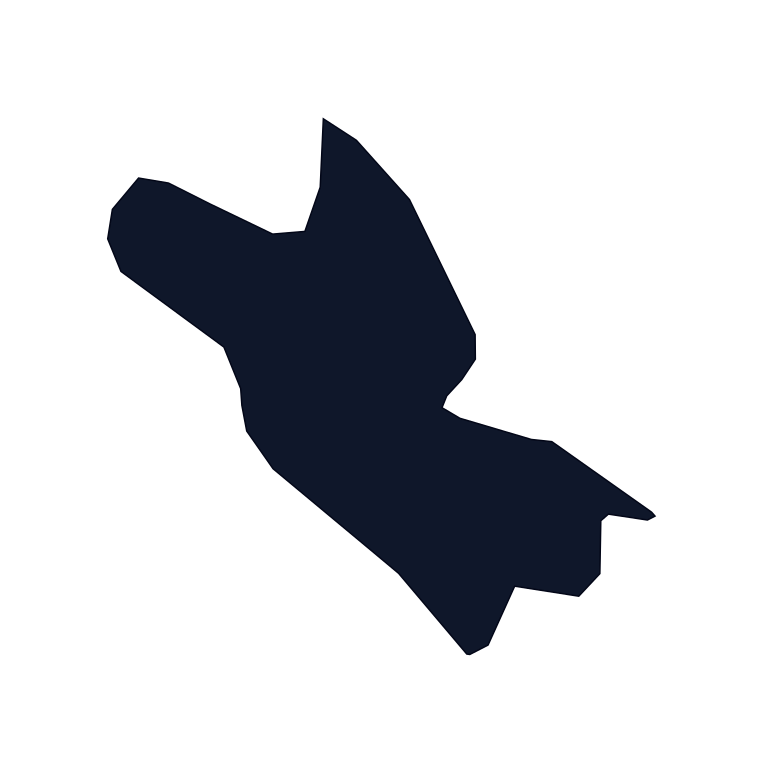 SVG path tracing the border of Newport, rotated 248°
{"feature_id": "GBR-2133", "entity_name": "Newport", "entity_type": "Unitary Authority (wales)", "adm_level": 1, "iso_a3": "GBR", "parent_name": "United Kingdom", "parent_adm1": "", "projection": "albers", "projection_center": [-2.954, 51.579], "detail": "fine", "context": "isolated", "style": "filled", "palette": "ink", "viewbox_px": 768, "rotation_deg": 248, "n_neighbors": 0, "source": "natural_earth", "source_scale": "10m", "svg_char_len": 651}
<svg xmlns="http://www.w3.org/2000/svg" viewBox="0 0 768 768"><g transform="rotate(248 384 384)"><path d="M652.6,427.1L620.3,449.7L545.5,476.7L395.7,487.0L372.8,478.0L359.0,457.8L349.5,437.7L340.3,428.9L323.8,441.5L277.4,499.8L267.7,518.0L164.9,584.1L160.0,585.8L159.2,577.3L179.3,543.3L176.0,533.8L127.3,513.1L114.3,485.1L147.6,429.4L103.0,382.7L101.1,362.2L102.6,359.6L203.0,326.6L239.3,307.2L347.0,249.4L364.0,245.5L391.8,239.1L417.4,244.2L433.4,249.4L478.2,249.4L586.9,182.3L622.1,182.2L647.7,197.6L666.9,233.6L651.0,259.5L615.8,290.4L564.7,336.9L555.1,367.8L590.4,398.6L652.6,427.1Z" fill="#0f172a" stroke="#020617" stroke-width="1.5"/></g></svg>